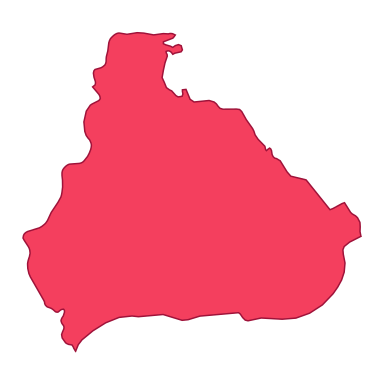 the Province of Kangwŏn-do
{"feature_id": "PRK-3308", "entity_name": "Kangwŏn-do", "entity_type": "Province", "adm_level": 1, "iso_a3": "PRK", "parent_name": "North Korea", "parent_adm1": "", "projection": "mercator", "projection_center": [127.289, 38.794], "detail": "fine", "context": "isolated", "style": "filled", "palette": "rose", "viewbox_px": 384, "rotation_deg": 0, "n_neighbors": 0, "source": "natural_earth", "source_scale": "10m", "svg_char_len": 3020}
<svg xmlns="http://www.w3.org/2000/svg" viewBox="0 0 384 384"><path d="M361.0,236.3L349.6,242.1L344.2,246.5L342.9,249.8L343.3,254.3L345.0,263.0L344.2,272.1L341.6,280.0L337.7,287.1L333.1,293.7L322.4,304.9L309.6,313.2L295.9,318.1L282.2,319.2L261.2,318.0L248.0,320.8L245.2,320.1L242.7,317.6L240.2,313.9L238.5,312.7L199.9,316.1L188.1,319.7L182.1,320.3L163.1,314.5L138.4,316.7L132.0,316.0L119.1,317.4L105.7,322.8L92.9,330.8L81.9,339.9L80.8,341.4L78.3,344.6L75.6,351.3L75.5,351.2L73.7,348.1L73.3,347.0L72.6,345.9L71.9,344.9L68.6,344.4L66.8,343.6L65.6,342.8L62.2,338.0L61.6,334.6L62.6,331.7L63.8,329.0L64.0,327.3L63.7,325.9L62.1,323.7L61.6,322.7L61.0,320.8L61.3,319.4L62.1,317.7L63.3,315.9L64.5,312.1L64.4,310.3L63.6,309.2L62.4,309.3L61.3,309.6L60.3,310.2L58.2,312.0L57.1,312.2L55.5,311.8L53.1,309.6L51.3,308.4L49.6,307.7L48.0,307.2L46.8,306.6L45.4,305.1L44.7,303.6L44.5,301.9L43.7,300.2L30.3,276.8L28.9,273.5L27.8,268.5L27.6,264.7L27.6,263.4L28.1,260.8L28.9,258.1L29.4,256.8L29.7,255.2L30.1,253.3L29.8,250.3L29.2,248.3L28.4,246.7L24.2,240.3L23.0,238.0L23.1,237.6L23.5,235.5L24.1,234.2L25.2,233.0L26.3,232.2L27.6,231.5L39.5,227.8L42.0,226.3L44.5,224.3L45.7,223.1L47.5,220.5L51.2,212.5L58.0,202.3L60.9,197.0L61.5,194.9L62.0,192.2L62.6,187.0L62.5,180.2L62.0,175.4L62.0,172.8L62.4,170.8L63.0,169.5L63.9,168.2L65.0,167.0L66.2,165.9L67.5,165.0L68.7,164.4L69.9,164.1L79.4,163.4L80.6,163.1L81.9,162.6L83.1,161.8L84.2,160.7L87.6,156.4L89.3,153.1L90.7,149.5L91.2,147.3L91.4,145.5L91.3,144.2L91.0,143.0L90.5,141.8L89.7,140.0L89.4,139.6L88.2,138.3L86.2,135.5L84.8,131.4L83.9,121.9L86.3,111.1L90.3,105.2L91.9,104.1L98.6,100.7L99.7,99.6L100.3,98.3L99.8,96.1L99.0,94.5L92.6,86.9L95.1,84.9L95.5,83.1L95.4,81.6L94.0,77.2L93.4,73.1L93.9,70.9L95.0,69.5L100.9,67.8L102.6,66.9L104.8,65.1L105.7,63.4L106.1,61.6L106.2,58.2L106.4,56.5L107.8,51.0L108.8,42.8L109.5,40.6L110.5,38.6L111.9,37.1L113.7,35.4L115.4,34.2L116.8,33.5L118.2,33.1L119.7,33.1L127.0,34.3L137.1,32.7L143.7,33.1L153.7,34.9L163.3,33.6L168.3,33.9L169.9,33.5L171.2,33.5L172.6,33.7L175.3,35.0L173.9,37.0L172.8,38.2L163.4,41.8L163.4,43.7L165.7,44.8L170.5,46.2L172.8,47.4L175.3,45.6L178.5,44.6L181.2,45.7L182.4,49.9L181.1,51.8L174.8,53.2L172.8,54.3L171.7,52.8L170.6,51.7L169.3,51.0L168.0,50.8L166.1,51.4L166.2,52.8L167.1,54.5L167.3,56.1L165.0,62.9L163.4,70.2L162.1,77.6L164.3,82.4L166.4,87.6L169.4,89.8L171.7,90.9L175.9,95.6L178.1,96.9L182.1,96.3L182.9,94.0L182.4,91.4L182.4,89.8L186.0,89.4L190.1,99.3L194.1,102.0L209.1,100.5L214.1,102.0L216.4,103.9L218.1,106.3L220.0,108.3L222.9,109.2L236.6,109.1L239.6,109.5L241.7,111.5L246.3,119.7L252.6,128.6L253.9,131.2L255.1,134.9L258.1,139.3L264.9,146.3L265.6,149.6L266.4,150.6L268.3,149.0L269.6,148.1L270.7,148.9L271.5,150.6L272.1,154.5L273.1,156.6L274.6,158.1L276.6,158.6L280.2,160.8L287.0,171.8L290.8,176.2L306.1,179.9L330.0,209.7L333.0,208.5L342.0,203.6L344.5,202.7L350.6,212.4L352.2,213.9L355.6,215.9L357.5,217.7L359.9,222.3L360.0,223.2L360.2,226.9L360.0,231.5L360.9,236.1L361.0,236.3Z" fill="#f43f5e" stroke="#9f1239" stroke-width="1.5"/></svg>